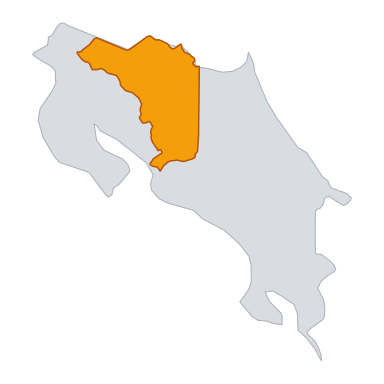 Alajuela on a map of Costa Rica (Robinson projection)
{"feature_id": "CRI-1333", "entity_name": "Alajuela", "entity_type": "Province", "adm_level": 1, "iso_a3": "CRI", "parent_name": "Costa Rica", "parent_adm1": "", "projection": "robinson", "projection_center": [-84.692, 10.447], "detail": "fine", "context": "in_parent", "style": "filled", "palette": "amber", "viewbox_px": 384, "rotation_deg": 0, "n_neighbors": 0, "source": "natural_earth", "source_scale": "10m", "svg_char_len": 4244}
<svg xmlns="http://www.w3.org/2000/svg" viewBox="0 0 384 384"><path d="M351.3,197.8L350.7,199.8L349.1,201.9L346.7,204.0L343.6,205.5L336.1,201.1L328.7,196.1L324.6,198.4L323.0,204.8L320.3,208.1L316.8,209.4L315.4,211.6L315.2,233.3L315.4,253.8L321.1,254.2L330.4,261.3L334.4,265.5L335.7,269.4L334.6,271.3L327.7,275.7L321.0,281.4L317.7,288.4L323.6,299.8L324.8,307.5L324.6,315.6L323.0,319.5L310.1,328.8L307.2,332.0L307.6,334.4L314.7,340.8L318.1,347.0L321.0,354.5L321.4,361.0L314.9,348.9L305.9,337.4L298.1,330.4L297.4,313.8L294.3,304.9L282.5,296.6L272.5,290.9L265.0,292.0L269.6,301.5L281.4,313.7L282.2,318.4L282.0,324.6L273.9,323.7L266.7,321.1L258.0,320.3L252.1,316.6L239.8,302.0L248.6,289.6L251.3,281.5L251.0,264.6L249.0,256.4L239.5,244.0L224.4,230.3L203.2,219.2L193.2,210.2L168.4,203.3L159.0,198.7L151.6,190.2L150.5,184.1L153.1,174.7L146.3,162.8L116.7,139.4L100.2,130.8L96.7,125.7L94.1,124.1L96.6,140.3L103.8,150.0L122.7,159.1L127.8,164.4L129.9,171.3L119.0,184.5L113.4,187.9L111.8,195.0L108.2,197.2L104.4,193.1L89.1,172.4L59.6,162.5L54.2,156.4L43.2,137.5L38.2,120.3L40.0,108.8L52.2,90.9L56.0,83.1L55.2,78.3L55.6,71.2L51.1,66.3L39.9,59.8L32.7,54.7L34.7,52.1L47.5,45.2L48.4,38.9L48.3,36.8L50.4,36.4L52.3,34.7L53.4,33.0L56.9,27.0L60.0,23.6L63.6,23.0L67.9,25.5L84.1,32.0L102.1,39.2L127.8,49.5L138.4,42.9L147.6,37.9L154.0,38.6L167.8,44.5L176.1,46.3L181.2,45.7L190.0,54.3L194.8,60.8L195.6,65.1L198.3,67.4L205.2,67.9L222.0,72.2L232.3,71.4L241.6,66.8L246.8,61.2L248.4,52.5L250.7,56.8L253.5,63.6L254.8,72.3L266.9,101.4L276.6,117.7L297.8,147.4L306.9,152.9L322.4,176.7L327.8,180.7L330.8,187.7L346.8,193.5L351.3,197.8Z" fill="#d9dde1" stroke="#a8b0b8" stroke-width="1"/><path d="M180.5,44.1L181.4,44.7L181.6,45.5L181.6,46.6L181.8,47.9L182.2,48.7L183.5,50.5L183.7,51.2L184.7,52.3L189.2,54.2L190.2,55.0L191.0,56.0L192.8,57.1L194.5,58.6L194.8,61.2L193.5,62.0L193.1,62.3L192.7,63.1L192.9,63.8L193.3,64.2L193.5,64.6L195.6,66.5L196.1,67.2L197.2,66.3L198.6,66.4L199.3,66.5L199.3,66.9L199.1,90.0L198.9,107.5L198.7,119.9L198.6,134.8L197.5,151.2L197.5,151.4L195.7,153.5L195.2,154.4L195.2,154.7L195.1,155.0L195.2,155.6L195.3,156.6L193.9,158.3L191.3,159.2L184.9,161.2L183.2,161.5L182.7,161.3L181.6,161.2L181.1,161.1L180.8,160.9L178.9,160.6L177.0,160.0L174.7,160.5L170.5,160.9L167.5,162.3L166.8,162.9L166.7,163.0L166.5,163.3L165.4,164.5L163.8,165.5L163.2,166.0L162.9,166.4L162.9,166.7L162.9,167.0L161.1,169.5L160.9,169.9L160.8,170.7L160.7,170.9L160.0,170.9L157.9,167.8L157.0,167.1L155.9,166.8L154.7,166.7L153.1,166.3L151.1,165.4L150.4,164.8L150.1,164.4L150.3,163.9L150.3,163.2L150.3,162.9L150.5,162.7L151.3,162.2L153.1,159.1L153.8,158.3L154.8,157.9L159.5,154.5L161.0,153.8L161.5,153.5L161.8,153.2L162.0,152.2L160.8,149.9L160.1,149.6L159.8,149.7L159.1,150.3L158.4,150.6L158.0,150.5L157.8,150.5L157.7,150.3L157.6,150.0L157.6,149.7L157.0,148.7L155.4,146.6L154.6,145.2L153.1,143.0L152.5,142.0L151.5,139.6L151.0,137.9L151.4,135.1L151.4,134.7L151.3,134.1L150.7,133.0L150.6,132.6L150.6,132.2L151.2,129.8L151.5,129.0L152.5,126.9L152.6,126.3L152.6,125.9L152.4,125.8L151.8,125.2L151.5,124.6L150.9,123.0L149.2,121.7L148.5,121.6L148.2,121.7L148.0,121.8L147.4,122.2L146.1,122.7L144.3,123.0L143.5,123.1L143.0,123.0L142.4,122.6L142.2,122.4L141.6,121.6L139.4,117.7L141.0,114.5L141.1,113.4L140.9,112.9L140.8,112.7L140.5,112.0L140.1,110.0L141.6,104.0L139.5,99.4L138.8,98.1L133.4,93.4L131.7,92.4L126.4,90.9L125.1,90.3L124.1,89.0L121.5,86.5L121.2,86.1L120.7,85.1L120.4,84.4L120.0,81.5L118.9,79.3L117.5,76.9L116.9,76.1L116.3,75.7L115.1,75.1L114.0,74.8L108.9,73.4L107.4,72.8L106.9,72.4L106.2,71.6L103.3,69.4L102.6,69.0L102.0,68.8L101.4,68.7L100.8,68.7L99.6,68.9L97.6,69.5L95.1,69.7L92.2,69.6L89.9,64.4L89.1,63.0L88.6,62.6L88.4,62.5L88.2,62.4L87.9,62.3L85.8,62.0L85.2,61.7L82.9,60.2L81.8,59.3L77.5,53.7L77.4,53.5L77.2,53.0L77.1,52.7L77.5,52.0L80.8,51.7L81.7,51.3L81.9,50.8L82.1,50.3L89.6,44.6L94.1,38.9L94.5,38.6L94.8,38.5L95.1,38.4L95.7,38.2L96.4,38.0L96.6,37.8L110.3,43.5L125.7,49.9L127.9,50.1L130.1,49.2L139.9,42.0L147.0,36.7L149.9,35.9L151.6,36.8L155.2,39.7L156.9,40.0L159.0,39.8L161.1,40.6L165.9,43.0L166.4,43.1L166.9,43.4L167.4,43.6L167.8,44.0L169.9,47.0L170.7,47.8L171.6,48.3L172.6,48.7L173.6,48.9L174.6,48.4L179.7,44.7L180.5,44.1Z" fill="#f59e0b" stroke="#b45309" stroke-width="1.5"/></svg>